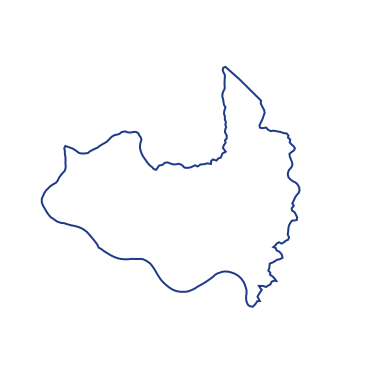 Ponto Chique, Minas Gerais, Brazil (Robinson projection), rotated 313°
{"feature_id": "56859067B60283118816321", "entity_name": "Ponto Chique", "entity_type": "district", "adm_level": 2, "iso_a3": "BRA", "parent_name": "Brazil", "parent_adm1": "Minas Gerais", "projection": "robinson", "projection_center": [-44.962, -16.605], "detail": "fine", "context": "isolated", "style": "outline", "palette": "blue", "viewbox_px": 384, "rotation_deg": 313, "n_neighbors": 0, "source": "geoboundaries", "source_scale": "gbopen_adm2", "svg_char_len": 3920}
<svg xmlns="http://www.w3.org/2000/svg" viewBox="0 0 384 384"><g transform="rotate(313 192 192)"><path d="M149.5,314.7L153.5,314.8L156.6,314.2L158.5,316.0L160.2,311.2L163.3,310.5L165.9,310.1L168.0,309.8L168.3,307.2L169.0,305.0L171.8,308.1L173.0,310.9L175.4,311.5L178.0,312.4L180.7,311.4L183.1,312.5L184.4,314.3L185.0,311.8L185.2,308.5L184.7,305.5L186.4,304.3L186.5,301.5L189.2,300.3L192.7,297.7L195.5,299.1L198.2,299.9L200.4,300.4L202.8,302.1L205.6,303.1L207.5,300.3L207.9,296.8L207.0,293.7L208.1,291.5L207.2,289.1L209.6,289.4L211.9,289.1L214.6,289.9L215.3,292.6L217.7,293.5L220.2,293.8L222.6,294.8L224.9,294.1L226.2,291.0L229.3,288.8L231.8,286.8L234.3,285.5L237.0,284.9L239.1,284.6L240.8,286.1L242.9,287.7L245.0,286.4L246.2,283.7L247.2,280.7L246.7,277.8L248.1,276.0L251.4,275.8L252.0,273.2L255.0,272.3L258.0,271.2L260.1,270.8L262.1,270.6L264.2,270.6L266.3,269.7L268.3,267.5L269.6,263.8L269.5,261.0L268.6,258.2L268.3,255.3L268.5,252.7L270.2,250.0L272.2,248.7L274.5,247.9L277.9,247.9L280.6,246.8L282.1,244.6L283.1,242.5L284.4,239.7L286.4,237.2L289.1,237.6L292.2,238.2L294.2,237.4L294.8,235.0L294.6,232.3L294.9,229.6L297.4,228.1L297.2,225.1L299.1,224.0L299.4,221.4L297.6,218.9L296.3,215.8L294.3,212.7L292.3,209.6L290.4,208.3L289.4,205.4L289.7,202.3L286.7,200.0L285.4,197.9L286.7,195.9L289.4,195.1L292.6,194.1L295.5,192.9L297.4,192.0L299.4,191.2L301.1,188.9L302.4,185.1L303.6,181.9L305.9,180.2L306.8,149.8L306.3,131.1L304.3,130.1L302.2,131.2L300.9,133.6L299.9,136.4L298.0,138.0L295.8,139.8L293.5,141.8L291.6,143.8L289.9,145.4L287.3,146.2L284.7,147.2L282.3,149.3L280.8,151.9L279.0,154.0L277.4,156.3L276.9,158.6L273.9,160.0L271.2,161.8L269.7,164.5L267.6,166.4L266.0,169.4L263.9,170.5L262.8,172.7L260.7,173.5L258.3,175.2L256.8,179.1L254.7,180.9L252.4,180.8L250.9,183.0L247.8,183.4L245.3,184.6L244.5,189.2L240.9,188.0L236.8,189.6L234.7,188.4L231.6,188.4L230.1,185.1L227.7,184.9L225.5,186.7L223.2,183.5L220.6,181.9L217.9,179.4L214.5,178.7L213.6,176.0L211.7,175.3L208.9,174.1L206.2,171.9L204.7,169.8L204.9,166.4L203.7,163.1L201.4,161.5L199.4,159.5L198.1,156.8L197.0,154.0L194.8,152.2L191.5,151.8L188.9,149.9L185.8,150.4L183.7,150.6L182.7,148.3L183.0,145.9L182.7,142.9L183.0,139.5L183.7,136.5L184.2,134.0L184.8,131.5L186.2,128.0L188.0,124.9L189.6,123.1L191.6,121.5L193.7,120.3L195.7,119.5L197.0,117.2L197.5,114.7L198.4,112.5L197.8,110.2L196.2,108.4L193.6,106.6L191.6,104.0L190.7,101.7L187.7,99.6L184.8,99.3L182.9,98.1L180.9,96.6L177.8,95.6L175.7,95.5L172.8,95.5L170.7,95.4L168.7,94.9L166.1,94.0L162.9,93.1L159.5,92.5L156.9,91.3L154.4,90.4L152.0,89.6L149.5,89.3L147.2,87.4L145.0,85.2L143.5,82.7L143.1,79.1L142.4,75.2L141.0,71.8L139.3,68.0L136.8,68.8L135.3,71.0L133.1,73.1L131.6,75.2L130.0,76.8L128.3,78.5L126.3,80.2L124.6,82.2L122.7,83.6L120.4,84.5L116.1,84.5L112.3,84.9L108.7,86.0L106.0,86.2L102.6,85.1L99.1,84.4L95.9,84.3L93.6,84.2L90.6,84.7L88.5,85.4L84.7,86.7L81.9,89.3L80.3,92.6L79.7,94.9L78.7,97.9L77.8,101.4L77.2,105.5L77.8,109.1L78.3,113.1L80.0,117.2L81.9,119.6L83.6,123.2L85.2,126.3L86.8,128.7L88.9,132.7L90.2,136.1L90.8,139.3L91.1,142.7L90.8,145.8L90.4,149.5L89.8,154.0L89.1,158.1L87.7,161.7L88.4,164.4L88.7,167.6L89.3,170.8L90.1,174.9L91.0,178.1L92.0,180.8L93.4,183.9L95.2,186.5L97.5,189.4L99.3,191.2L101.4,193.0L103.2,194.9L105.1,197.1L107.7,199.7L109.4,201.9L110.5,205.4L111.2,209.9L110.8,213.1L110.2,215.9L109.4,219.0L108.5,221.7L107.7,224.7L107.0,227.3L106.5,230.2L106.3,233.7L106.4,237.8L106.7,240.7L107.3,244.0L108.5,247.4L109.9,249.8L111.4,251.9L113.5,254.2L115.6,256.2L117.7,257.5L120.7,258.9L123.8,260.0L126.7,260.7L129.5,261.6L133.4,262.8L136.3,263.6L138.6,264.1L141.1,264.6L143.5,265.1L147.2,265.4L149.5,266.0L151.7,267.2L153.9,268.3L156.1,270.0L158.4,272.8L159.6,274.9L161.1,278.1L162.0,281.4L162.3,283.7L162.3,286.9L161.8,289.8L160.6,293.2L159.1,296.0L157.5,298.7L155.1,301.0L152.7,302.7L150.4,304.8L148.9,306.9L147.7,309.6L147.9,312.1L149.5,314.7Z" fill="none" stroke="#1e3a8a" stroke-width="2"/></g></svg>